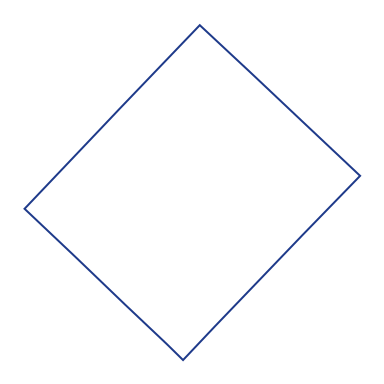 the district of Grant, Indiana, United States of America, rotated 314°
{"feature_id": "52423323B51012446173370", "entity_name": "Grant", "entity_type": "district", "adm_level": 2, "iso_a3": "USA", "parent_name": "United States of America", "parent_adm1": "Indiana", "projection": "equal_earth", "projection_center": [-85.659, 40.516], "detail": "fine", "context": "isolated", "style": "outline", "palette": "blue", "viewbox_px": 384, "rotation_deg": 314, "n_neighbors": 0, "source": "geoboundaries", "source_scale": "gbopen_adm2", "svg_char_len": 324}
<svg xmlns="http://www.w3.org/2000/svg" viewBox="0 0 384 384"><g transform="rotate(314 192 192)"><path d="M317.4,81.7L201.6,82.1L179.1,82.3L63.6,83.2L64.3,152.2L64.5,221.8L65.1,279.4L64.9,302.3L111.4,301.8L238.3,301.4L320.4,301.7L319.4,221.3L318.6,151.1L317.4,81.7Z" fill="none" stroke="#1e3a8a" stroke-width="2"/></g></svg>